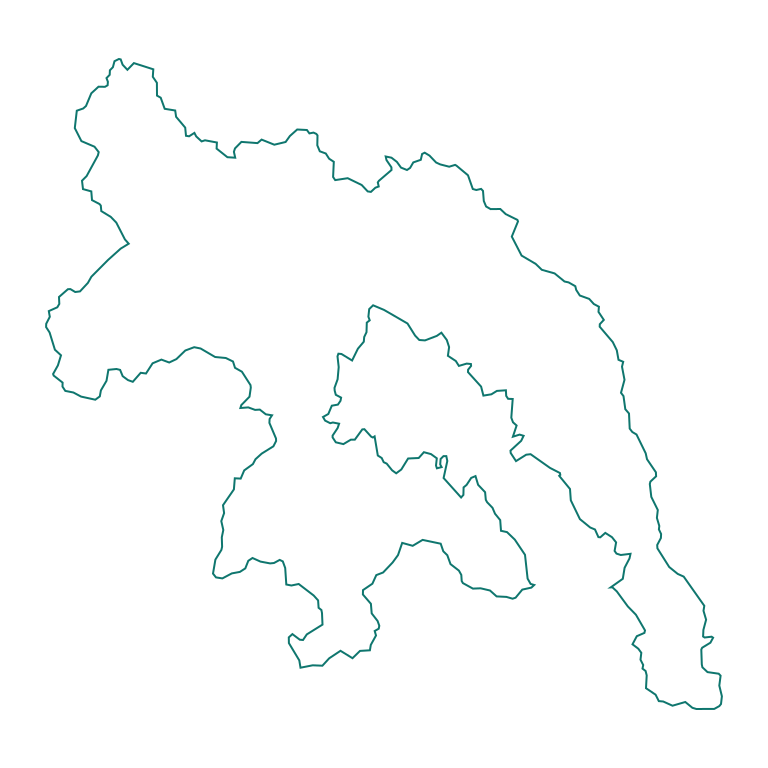 Hoa An, Cao Bằng, Vietnam
{"feature_id": "81297802B75378675708985", "entity_name": "Hoa An", "entity_type": "district", "adm_level": 2, "iso_a3": "VNM", "parent_name": "Vietnam", "parent_adm1": "Cao Bằng", "projection": "albers", "projection_center": [106.208, 22.687], "detail": "fine", "context": "isolated", "style": "outline", "palette": "teal", "viewbox_px": 768, "rotation_deg": 0, "n_neighbors": 0, "source": "geoboundaries", "source_scale": "gbopen_adm2", "svg_char_len": 6065}
<svg xmlns="http://www.w3.org/2000/svg" viewBox="0 0 768 768"><path d="M610.7,587.4L612.4,587.3L616.8,591.4L627.8,606.4L635.9,614.7L645.0,630.4L644.4,632.9L636.8,636.2L632.5,644.3L638.3,648.7L641.3,652.8L640.5,659.7L643.2,665.0L642.5,668.6L645.6,671.0L646.7,675.4L646.0,688.2L655.6,694.7L658.8,701.1L663.2,701.5L672.5,705.7L685.3,702.0L692.4,707.8L696.4,709.0L714.3,708.9L719.3,706.1L721.0,704.0L721.9,696.3L719.3,685.6L720.6,675.7L718.7,673.7L707.5,672.1L702.4,667.3L701.8,664.4L701.3,649.5L702.2,647.7L710.4,642.7L713.1,637.7L711.6,636.7L704.6,637.5L703.1,636.5L703.4,629.9L706.1,619.7L703.5,610.8L704.3,605.8L683.7,576.6L677.7,573.9L669.2,567.0L657.4,548.3L657.2,545.0L660.9,538.0L661.1,534.0L658.9,529.4L659.3,526.0L656.9,517.9L657.8,510.0L651.3,496.9L649.8,484.0L650.4,481.6L656.1,476.3L655.9,472.3L647.0,459.2L645.7,453.3L636.5,434.5L632.3,432.0L629.7,428.6L629.0,413.5L625.3,409.2L623.5,396.1L621.0,392.8L624.5,379.8L622.0,366.7L623.2,361.8L618.5,359.8L616.8,350.3L612.8,342.1L599.7,326.7L599.8,324.2L603.8,319.9L598.5,311.9L598.9,306.7L593.8,304.0L589.2,298.9L579.8,295.5L576.2,289.9L575.3,286.2L568.6,282.4L564.5,281.5L554.6,273.4L541.8,269.8L535.7,263.9L521.6,255.6L511.8,236.6L518.0,221.4L517.4,219.9L505.7,214.1L500.3,209.0L490.6,209.1L486.1,206.5L483.8,201.0L483.0,190.9L481.1,188.9L476.3,190.0L472.8,189.0L468.0,175.3L456.4,165.6L455.1,164.9L449.2,166.7L440.2,164.4L436.1,162.5L429.5,155.6L424.7,152.7L422.1,154.0L420.8,159.8L413.3,162.4L410.1,167.9L407.0,170.0L401.0,167.6L396.9,161.9L391.5,157.7L385.7,156.5L386.5,160.1L391.4,167.3L391.5,170.0L378.9,180.8L377.8,182.4L378.7,186.5L375.4,187.7L370.9,191.9L367.7,191.4L361.7,185.0L347.7,178.2L335.2,180.1L333.1,177.0L333.8,161.8L329.1,158.7L325.8,153.5L319.8,151.3L317.3,145.3L317.5,135.4L316.3,133.9L313.5,132.6L309.4,133.4L306.9,130.0L297.2,129.5L289.9,136.0L285.6,142.0L274.3,144.7L261.6,139.6L257.5,143.1L241.4,141.9L235.0,148.4L233.9,151.8L235.2,157.7L227.4,157.2L216.6,148.6L216.9,142.5L205.0,140.3L201.6,141.4L196.2,136.4L194.4,132.9L189.1,136.3L186.0,135.8L185.2,127.6L176.1,116.8L175.2,110.5L164.7,108.8L160.7,97.7L157.0,95.6L156.9,82.8L152.8,76.8L153.3,69.3L133.9,63.1L127.4,69.8L122.6,64.7L120.7,59.4L118.9,59.0L114.5,61.2L112.9,67.2L109.9,70.3L109.7,74.8L106.5,78.1L107.9,81.8L107.6,85.3L105.0,86.8L98.5,86.7L91.3,93.3L86.0,106.0L83.2,108.5L76.8,110.7L74.8,128.1L81.4,141.1L94.5,146.7L98.7,152.1L97.9,155.4L86.6,176.1L82.0,180.7L83.0,189.1L91.3,191.4L92.0,200.1L99.6,204.1L100.8,205.6L101.3,211.1L110.8,216.9L116.3,222.6L124.9,239.4L128.7,243.7L120.7,248.6L108.0,260.0L91.4,276.7L87.9,282.9L80.0,291.4L75.2,292.0L70.4,289.1L67.9,289.2L59.0,297.0L59.3,303.9L57.3,307.3L48.8,311.1L49.8,316.8L46.2,323.8L46.1,327.1L49.6,332.5L54.9,349.7L61.0,355.3L57.9,365.4L53.1,374.0L53.7,375.6L62.6,382.6L62.5,386.6L65.3,390.9L73.4,392.5L81.1,396.6L95.3,399.7L99.8,396.4L100.9,390.4L106.5,380.8L108.4,369.8L116.5,369.0L120.1,369.9L122.7,376.2L128.0,380.1L132.8,381.8L140.7,372.8L146.0,373.5L152.6,363.3L161.4,359.6L169.2,362.5L176.4,359.1L185.3,350.5L194.2,347.2L200.6,348.5L215.1,357.0L225.8,358.0L233.0,361.5L235.0,367.8L241.9,371.7L250.5,385.1L250.8,387.6L249.5,396.7L241.3,405.1L240.4,408.0L248.3,407.4L255.1,409.9L259.8,409.6L265.8,414.3L272.0,415.3L269.6,419.0L269.4,422.9L276.0,438.5L276.1,441.0L273.4,446.3L261.7,453.6L255.5,459.2L252.9,464.1L244.2,470.4L240.7,478.6L234.8,478.3L233.9,489.4L223.0,505.2L224.1,513.1L221.3,521.1L223.3,530.0L221.8,537.3L222.1,546.7L221.4,549.9L215.4,559.6L213.0,573.6L216.0,577.4L222.4,578.4L231.8,573.4L239.9,571.9L245.3,568.4L248.3,560.8L252.5,558.0L260.5,561.6L270.1,563.4L274.0,563.0L279.7,559.9L282.8,561.4L285.2,568.0L286.3,584.5L291.4,585.5L298.7,584.0L313.7,595.5L318.1,600.4L318.6,607.8L321.4,610.0L322.0,613.1L322.5,624.6L306.8,634.4L303.0,640.0L299.8,639.7L292.4,634.1L288.8,637.4L288.9,643.1L299.3,660.4L300.5,667.7L312.7,665.3L322.4,665.7L329.2,658.3L340.5,650.8L352.5,658.2L360.0,650.9L369.9,650.3L370.8,644.9L376.0,635.5L374.7,631.0L378.7,628.7L379.3,625.8L377.6,621.0L371.7,613.4L370.9,603.8L362.9,594.5L363.0,590.1L372.4,583.7L376.3,575.1L383.1,572.5L392.6,562.5L398.0,555.1L402.2,542.9L412.7,545.8L422.6,539.9L440.7,543.7L443.3,551.3L447.3,555.2L450.5,564.1L458.9,570.6L461.3,574.9L461.7,581.0L462.9,583.1L472.9,588.6L480.6,588.3L490.0,590.5L496.6,596.4L506.4,596.9L512.6,598.7L515.6,597.7L522.3,589.6L531.4,587.6L534.2,585.0L530.6,583.9L527.6,578.6L525.0,554.8L514.8,539.6L507.0,532.1L501.0,530.8L500.2,520.1L495.0,513.7L492.5,507.8L487.1,502.2L485.8,499.8L485.1,492.2L478.1,484.8L475.5,476.1L471.2,477.9L466.6,484.9L463.6,487.4L463.4,494.9L461.1,497.5L443.6,478.0L447.3,461.0L446.3,456.1L443.5,456.1L440.6,459.0L440.2,464.4L441.6,467.1L436.9,468.3L436.0,465.5L436.8,458.3L431.0,454.1L423.9,452.2L418.7,458.0L408.1,458.5L401.3,469.5L396.2,473.3L392.1,470.3L386.7,463.6L383.7,462.2L381.7,458.0L377.8,455.5L374.6,436.4L372.9,437.5L371.2,436.7L364.4,429.2L362.3,429.4L354.8,439.7L350.8,439.7L343.4,444.1L335.8,442.3L332.6,437.4L332.6,435.6L337.6,428.1L339.1,423.7L332.9,422.5L330.2,423.2L325.1,420.6L323.0,417.0L328.3,414.0L331.8,405.7L337.9,404.6L340.5,400.8L341.1,397.6L335.8,394.8L334.7,390.7L334.5,387.9L337.6,379.3L338.7,367.1L337.5,356.3L338.4,353.7L341.5,354.0L352.1,360.5L357.9,348.7L363.8,341.7L364.2,337.0L366.5,332.2L366.8,322.6L369.7,320.3L368.4,316.7L369.2,309.1L373.1,305.3L384.0,309.9L407.5,323.5L415.1,335.6L419.3,340.0L425.0,340.4L436.8,335.9L441.4,332.7L446.8,340.0L449.1,347.1L447.9,355.8L455.8,361.0L458.9,365.9L466.7,363.6L470.9,364.0L471.1,365.9L468.1,369.7L468.0,372.1L481.1,386.6L483.4,395.6L491.4,394.3L496.9,390.9L505.9,390.3L506.2,395.9L508.1,398.8L512.7,399.0L511.3,417.7L513.0,422.3L516.6,425.5L512.9,436.7L519.6,434.6L523.6,435.8L521.2,440.8L510.5,450.6L510.7,453.0L516.0,461.1L526.2,454.7L530.6,454.2L550.0,467.9L559.9,473.0L560.3,474.9L559.2,475.8L570.0,489.0L570.8,500.3L579.9,519.1L590.2,527.5L595.0,529.5L598.4,537.1L600.3,537.3L605.3,532.9L612.0,537.2L616.1,542.4L614.6,550.9L616.5,553.6L620.8,555.0L630.5,553.8L629.5,558.4L624.6,567.8L622.8,578.8L610.7,587.4Z" fill="none" stroke="#0f766e" stroke-width="2"/></svg>